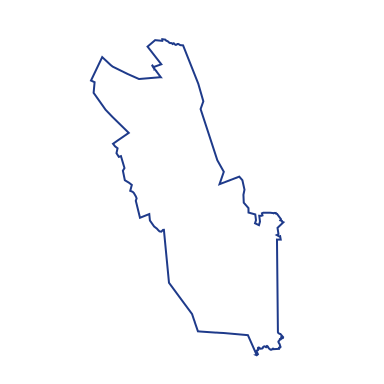 Rayones, Nuevo León, Mexico (orthographic projection), rotated 16°
{"feature_id": "50627088B56763529788020", "entity_name": "Rayones", "entity_type": "district", "adm_level": 2, "iso_a3": "MEX", "parent_name": "Mexico", "parent_adm1": "Nuevo León", "projection": "orthographic", "projection_center": [-100.065, 25.075], "detail": "fine", "context": "isolated", "style": "outline", "palette": "blue", "viewbox_px": 384, "rotation_deg": 16, "n_neighbors": 0, "source": "geoboundaries", "source_scale": "gbopen_adm2", "svg_char_len": 3689}
<svg xmlns="http://www.w3.org/2000/svg" viewBox="0 0 384 384"><g transform="rotate(16 192 192)"><path d="M64.2,112.7L68.1,113.3L70.1,123.8L86.3,136.8L94.9,141.8L114.9,152.6L106.5,162.8L102.8,167.4L105.4,169.3L108.4,170.5L108.7,175.5L112.0,178.4L113.8,177.1L120.5,187.6L119.7,190.6L124.2,199.2L129.0,200.5L132.2,201.8L132.3,207.9L134.9,208.2L136.4,209.0L139.3,211.8L140.5,213.4L140.4,216.0L141.6,218.0L149.1,231.1L157.0,225.0L159.4,231.0L165.1,235.6L168.4,236.9L169.9,237.9L171.6,238.8L173.4,238.6L173.9,237.7L174.6,236.4L175.4,236.1L194.9,285.6L214.5,300.7L225.7,309.3L229.2,314.4L229.8,315.2L230.5,316.2L230.5,316.3L236.1,324.3L238.1,323.9L239.1,323.7L250.4,321.3L253.2,320.7L253.9,320.5L254.7,320.3L256.2,320.0L261.4,318.8L285.2,314.2L299.0,330.7L298.5,331.0L299.2,331.1L300.1,329.8L298.9,328.4L298.0,327.4L298.0,327.1L297.9,326.8L298.1,326.4L298.6,326.1L299.0,325.9L299.1,325.6L299.1,325.1L298.8,324.6L298.6,324.3L298.5,324.0L298.4,323.7L298.5,323.5L298.7,323.3L298.9,323.1L299.2,323.1L299.5,323.1L300.0,323.3L300.3,323.6L300.4,323.8L300.7,323.9L301.4,323.6L301.9,323.4L302.6,323.1L303.0,322.6L303.0,321.7L303.4,321.1L303.7,320.7L303.9,320.5L304.1,320.4L304.4,320.4L304.7,320.4L305.0,320.5L305.3,320.6L305.7,320.7L305.9,320.8L306.1,320.8L306.3,320.7L306.4,320.4L306.3,320.1L306.3,319.8L306.3,319.5L306.4,319.4L306.5,319.3L306.9,319.4L307.0,319.5L307.5,319.7L307.6,319.8L307.8,320.0L308.0,320.2L308.2,320.4L308.5,320.7L308.8,321.0L309.1,321.2L309.4,321.3L309.9,321.5L310.2,321.6L310.5,321.8L311.1,321.9L311.4,321.9L311.6,321.8L311.9,321.6L312.1,321.5L312.2,321.3L312.4,320.9L312.7,320.5L312.8,320.4L313.0,320.2L313.4,320.2L313.6,320.4L313.7,320.6L318.8,318.8L318.6,318.3L318.5,318.0L318.5,317.7L318.8,317.4L319.0,317.4L319.5,317.3L319.7,317.1L319.8,316.9L319.7,316.5L319.6,316.1L319.1,315.6L318.8,315.2L318.6,314.7L318.1,314.1L317.9,313.8L317.5,313.5L317.1,313.2L316.8,312.8L316.5,312.5L316.3,312.1L316.3,311.8L316.4,311.5L316.7,311.1L316.9,310.6L317.0,310.3L317.0,309.9L317.0,309.7L317.0,309.3L317.3,309.3L317.6,309.3L317.9,309.2L318.1,308.9L318.2,308.5L318.1,308.2L317.9,307.8L317.9,307.5L317.8,307.3L317.8,307.1L317.8,306.8L317.8,306.7L318.1,306.7L318.3,306.8L318.6,307.1L318.9,307.3L319.1,307.5L319.3,307.6L319.5,307.5L319.6,307.4L319.6,307.2L318.9,307.1L319.4,306.3L316.1,304.1L315.3,304.2L313.9,303.8L313.2,303.0L286.8,214.3L290.4,213.3L288.9,210.2L288.2,210.7L285.4,210.0L286.3,209.2L286.6,208.9L286.7,208.6L284.1,202.9L288.2,195.9L286.8,195.7L286.4,195.0L284.7,194.9L285.0,193.6L279.8,189.6L278.6,189.6L278.3,189.1L278.1,189.2L277.4,189.3L276.8,189.5L276.7,189.7L276.5,189.9L276.4,190.0L275.9,189.9L275.2,190.0L274.6,190.1L272.7,190.4L266.2,192.3L265.1,193.2L266.2,195.1L265.2,195.8L263.2,196.3L265.5,201.7L265.5,205.4L261.2,204.7L261.3,201.5L259.0,196.1L252.0,196.2L250.7,191.9L244.7,188.0L242.2,180.5L241.8,175.3L237.2,166.8L233.2,164.2L216.3,176.9L217.0,163.8L207.6,154.5L177.4,109.9L177.9,101.7L168.2,86.2L143.0,53.5L141.5,53.8L140.7,54.0L139.9,54.0L139.3,53.8L138.6,53.6L137.9,53.5L137.4,53.7L137.1,53.8L136.8,54.3L136.6,54.6L136.0,55.0L135.7,55.1L135.3,55.0L134.9,54.8L134.4,54.6L134.0,54.3L133.7,54.1L133.3,54.1L133.2,54.3L133.1,54.5L132.9,54.8L132.6,55.1L131.5,54.5L130.9,54.6L129.9,54.9L128.9,54.7L127.8,54.1L127.1,53.8L126.4,53.7L125.7,53.7L125.4,53.6L124.9,53.3L124.6,53.0L124.4,52.9L121.3,53.3L121.7,54.9L114.7,56.2L109.2,64.5L127.3,77.7L120.7,82.4L119.1,81.3L119.0,81.5L119.5,82.0L119.8,82.3L120.6,83.0L120.7,82.8L121.4,83.2L121.7,83.5L121.9,83.9L121.9,84.0L122.0,84.3L122.1,84.2L124.1,85.4L124.1,85.5L130.4,90.3L130.0,90.4L129.9,90.4L109.9,98.0L97.6,96.3L81.5,93.4L81.1,93.3L78.9,92.4L68.5,87.1L64.2,112.7Z" fill="none" stroke="#1e3a8a" stroke-width="2"/></g></svg>